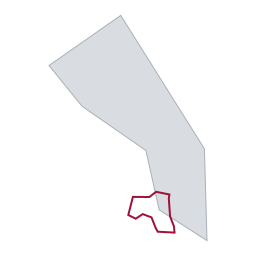 where Baie Lazare sits in Seychelles
{"feature_id": "SYC-5203", "entity_name": "Baie Lazare", "entity_type": "state/province", "adm_level": 1, "iso_a3": "SYC", "parent_name": "Seychelles", "parent_adm1": "", "projection": "albers", "projection_center": [55.49, -4.757], "detail": "fine", "context": "in_parent", "style": "outline", "palette": "rose", "viewbox_px": 256, "rotation_deg": 0, "n_neighbors": 0, "source": "natural_earth", "source_scale": "10m", "svg_char_len": 461}
<svg xmlns="http://www.w3.org/2000/svg" viewBox="0 0 256 256"><path d="M204.4,148.8L207.0,240.6L159.2,209.9L145.9,150.5L82.1,106.3L49.0,65.5L120.7,15.4L204.4,148.8Z" fill="#d9dde1" stroke="#a8b0b8" stroke-width="1"/><path d="M157.7,231.7L155.7,228.0L151.5,217.4L142.7,214.1L135.7,218.7L128.3,215.0L132.9,196.9L149.4,197.0L156.1,191.8L169.4,194.5L168.8,198.6L170.1,216.5L174.0,226.5L174.5,232.6L157.7,231.7Z" fill="none" stroke="#9f1239" stroke-width="2"/></svg>